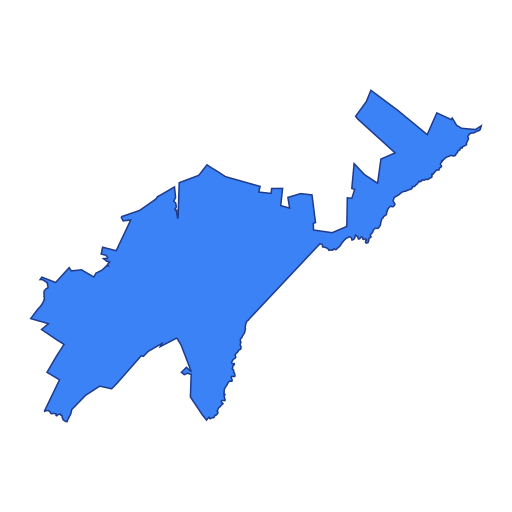 General Simón Bolívar, Durango, Mexico, rotated 90°
{"feature_id": "50627088B90896625160823", "entity_name": "General Simón Bolívar", "entity_type": "district", "adm_level": 2, "iso_a3": "MEX", "parent_name": "Mexico", "parent_adm1": "Durango", "projection": "orthographic", "projection_center": [-103.073, 24.84], "detail": "fine", "context": "isolated", "style": "filled", "palette": "blue", "viewbox_px": 512, "rotation_deg": 90, "n_neighbors": 0, "source": "geoboundaries", "source_scale": "gbopen_adm2", "svg_char_len": 6047}
<svg xmlns="http://www.w3.org/2000/svg" viewBox="0 0 512 512"><g transform="rotate(90 256 256)"><path d="M129.6,31.8L125.8,30.7L129.5,36.5L128.3,50.3L125.4,55.3L118.0,59.8L119.6,60.7L112.9,75.2L134.6,84.8L110.3,114.3L90.3,141.1L101.6,145.7L116.3,156.4L119.1,154.2L152.9,116.9L159.1,131.1L183.2,134.4L174.7,147.4L163.6,157.9L188.4,160.2L189.4,157.3L198.3,160.2L197.8,164.7L226.4,165.2L232.7,179.8L230.0,198.5L223.3,198.7L222.6,196.5L194.9,200.0L193.6,211.4L197.4,224.1L208.1,222.4L205.6,231.3L188.4,229.4L188.5,240.4L193.4,240.9L192.1,253.2L186.4,251.9L176.6,286.7L172.0,293.6L166.7,302.3L164.8,305.0L175.3,313.2L182.7,332.8L217.2,333.9L218.7,334.3L212.0,335.4L210.8,335.3L210.8,335.7L210.2,335.5L210.2,336.5L209.2,337.1L207.9,336.1L206.8,335.7L203.0,336.3L201.3,338.3L197.6,336.4L186.9,337.5L195.0,351.4L196.7,354.6L198.8,355.8L210.5,372.5L216.5,390.1L217.4,390.7L220.9,388.9L220.0,381.3L250.7,395.8L247.2,409.4L248.4,409.5L248.6,409.7L249.6,410.0L250.7,410.0L250.8,410.1L252.5,410.4L253.8,410.9L254.1,410.8L255.3,405.9L255.9,405.7L256.7,404.9L257.6,404.3L258.6,404.8L258.4,406.0L258.6,408.6L259.4,407.7L259.7,406.8L260.2,406.6L261.2,405.5L261.5,404.8L261.5,402.8L261.8,402.4L262.0,402.3L264.3,404.5L265.6,404.0L266.0,403.6L266.1,404.1L266.0,404.6L265.4,405.0L270.2,410.1L273.2,416.1L277.0,418.2L269.8,430.5L270.9,440.7L267.6,442.8L282.5,456.4L277.1,470.1L279.6,471.9L279.6,469.7L281.9,465.9L282.6,465.4L282.6,465.0L284.1,464.4L285.1,464.4L287.0,464.0L287.7,464.1L288.3,464.4L288.2,464.9L288.6,465.8L290.9,467.8L293.1,468.1L295.3,467.8L296.8,468.4L296.3,468.0L298.2,467.5L299.0,467.9L299.4,467.5L303.1,469.4L305.0,470.6L307.0,472.1L309.3,474.3L318.6,481.3L323.7,463.6L329.5,470.5L340.1,454.8L344.4,448.0L356.7,455.9L372.3,465.0L379.8,452.5L410.7,467.4L411.3,467.4L411.2,466.9L410.7,466.0L410.5,463.7L411.5,462.4L411.9,462.2L412.5,461.5L413.3,461.2L413.6,460.8L413.7,460.3L413.5,458.6L413.7,456.2L414.3,455.9L415.4,456.0L415.8,455.6L415.6,454.9L414.9,454.4L414.6,453.8L414.0,451.9L414.4,451.6L415.1,450.7L415.3,450.8L415.3,450.5L415.6,450.1L416.7,449.8L417.7,449.8L418.6,449.1L419.2,449.1L419.8,448.9L421.5,446.3L421.7,444.9L421.4,444.8L421.2,445.0L420.6,444.7L413.9,441.2L409.6,440.3L395.3,426.4L387.1,413.8L386.4,412.6L386.2,412.0L388.8,400.4L383.3,395.0L355.8,370.8L356.3,368.6L351.3,363.7L343.5,350.1L346.6,351.7L338.3,335.7L338.5,334.8L345.3,330.8L371.7,320.7L367.3,325.6L372.4,330.6L374.7,327.7L373.2,324.4L374.0,322.3L374.2,322.0L374.2,320.8L397.0,321.6L414.8,309.7L420.1,305.5L417.2,303.1L418.8,301.9L417.8,300.2L417.6,298.2L417.1,297.8L415.6,297.1L415.3,296.7L415.2,296.0L414.9,295.5L413.2,294.2L412.7,294.0L411.8,294.2L411.4,294.8L411.0,294.8L407.6,293.2L406.5,291.6L405.6,291.1L403.7,289.0L401.9,290.6L401.5,290.7L401.1,290.6L400.7,290.2L400.4,289.7L400.4,289.1L400.7,287.4L400.6,287.1L400.3,286.9L399.2,287.0L395.9,288.0L394.9,287.1L394.5,287.0L394.2,287.2L394.1,287.9L393.7,288.2L392.3,287.8L390.1,287.8L388.2,287.2L384.9,285.0L382.9,284.0L381.5,282.9L381.3,282.4L381.3,280.6L380.9,279.8L380.1,279.9L377.4,280.7L376.4,280.5L376.3,279.9L376.6,277.7L376.5,277.4L376.1,277.0L374.2,277.2L371.8,278.3L370.4,278.3L369.8,278.7L368.8,279.8L367.8,279.3L366.1,279.3L365.3,278.2L364.4,277.7L363.9,277.6L363.5,277.9L363.8,278.8L363.5,279.7L362.9,280.3L362.1,280.3L361.6,280.1L359.3,278.6L358.1,276.8L357.5,276.3L356.8,276.3L355.0,276.9L354.3,276.8L354.2,276.4L353.0,275.5L352.0,274.3L350.0,273.1L349.4,271.7L349.0,271.2L346.9,270.9L345.2,271.7L344.4,271.9L342.1,271.0L341.4,271.7L339.5,271.7L338.6,271.2L337.4,270.0L336.2,269.6L332.4,267.3L330.1,266.9L329.1,266.5L327.3,266.9L325.9,266.5L324.0,266.3L321.2,265.1L320.0,263.5L319.4,263.2L243.9,192.2L244.1,191.8L243.9,191.2L243.9,190.7L244.3,190.0L245.0,189.6L246.7,189.5L246.9,189.4L247.4,186.9L248.1,184.9L248.9,184.0L250.3,183.1L250.4,182.7L249.8,181.4L250.2,180.1L250.2,179.3L249.2,178.6L248.8,177.9L248.8,177.6L249.6,176.8L249.7,176.1L246.0,172.0L243.6,170.5L240.3,167.9L238.6,166.0L237.0,163.3L237.0,162.1L237.4,161.2L237.7,160.9L238.8,160.3L239.9,160.2L240.1,160.0L240.0,159.7L239.4,158.4L238.7,157.7L237.2,157.0L235.5,156.7L235.2,156.6L235.1,156.3L236.8,154.4L238.8,153.7L239.1,153.4L239.0,152.9L238.6,152.2L237.0,150.9L236.8,150.5L237.1,149.9L237.6,149.5L239.1,149.1L239.4,148.8L239.0,146.9L239.1,145.9L239.5,145.5L239.9,145.4L240.3,145.6L240.8,146.3L241.1,146.5L241.9,146.5L242.8,146.3L243.1,145.3L242.9,144.6L242.5,144.0L242.3,143.8L240.4,143.2L238.4,143.0L237.5,141.4L236.9,140.9L235.6,141.7L235.1,141.7L232.2,139.3L229.8,138.5L229.0,137.8L228.3,136.7L228.4,135.4L228.3,134.1L228.1,133.7L227.3,133.0L225.3,131.8L224.0,131.3L222.2,131.3L220.8,130.6L219.2,130.4L217.7,128.8L216.5,128.4L216.0,127.5L215.4,126.9L214.9,125.9L214.6,125.6L213.6,125.4L213.0,125.6L212.5,125.5L211.6,124.8L210.0,124.6L207.7,123.1L206.7,122.1L206.4,121.5L206.3,120.6L206.8,119.9L206.7,119.0L205.9,118.0L205.1,117.4L204.5,117.1L203.6,117.2L202.4,118.0L201.6,118.8L201.1,118.9L197.9,118.0L197.3,117.5L194.6,112.9L192.3,110.3L191.5,108.4L191.3,106.5L190.0,103.8L189.2,101.0L188.1,99.9L186.7,99.6L186.7,98.7L186.4,97.4L185.1,96.3L183.8,94.6L181.2,93.0L181.2,92.8L181.8,92.3L181.9,92.1L181.2,91.6L181.3,91.0L181.2,90.7L179.8,89.8L179.8,89.5L180.2,88.8L180.0,88.4L180.1,87.4L179.1,86.3L179.5,85.3L179.4,83.9L179.1,83.3L178.3,82.8L177.9,81.4L177.3,80.3L175.8,79.9L174.3,80.3L174.1,79.9L174.2,79.0L172.3,77.5L170.1,75.4L169.9,74.5L170.1,73.9L170.0,73.1L167.8,72.3L167.6,71.7L166.6,70.5L166.0,70.5L164.5,71.5L163.6,71.5L163.0,71.2L161.6,69.9L161.1,70.3L160.6,70.2L160.4,69.1L158.1,66.8L157.4,65.9L156.6,64.3L156.4,63.0L155.4,61.4L155.6,59.8L156.0,58.9L155.8,57.3L155.3,56.5L154.2,56.1L153.0,55.0L152.0,54.3L150.5,53.9L150.4,52.9L150.0,52.2L148.4,51.7L147.9,51.3L147.8,51.1L148.2,50.4L148.2,50.1L147.9,49.8L146.9,49.7L146.6,48.9L145.9,47.8L145.5,46.6L144.7,45.5L143.0,45.5L139.5,43.8L138.5,43.5L138.0,43.5L137.6,43.9L136.9,44.2L136.3,44.2L134.9,43.1L133.8,42.5L133.7,41.8L133.0,40.7L132.9,39.1L133.0,38.7L132.6,37.6L131.3,35.1L130.5,32.8L130.2,32.4L129.6,31.8Z" fill="#3b82f6" stroke="#1e3a8a" stroke-width="1.5"/></g></svg>